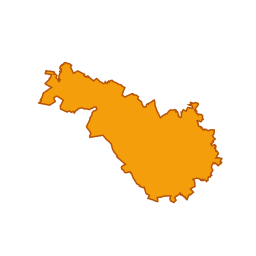 outline of Tolú Viejo, Sucre, Colombia, rotated 297°
{"feature_id": "7082276B69726867253152", "entity_name": "Tolú Viejo", "entity_type": "district", "adm_level": 2, "iso_a3": "COL", "parent_name": "Colombia", "parent_adm1": "Sucre", "projection": "robinson", "projection_center": [-75.432, 9.51], "detail": "fine", "context": "isolated", "style": "filled", "palette": "amber", "viewbox_px": 256, "rotation_deg": 297, "n_neighbors": 0, "source": "geoboundaries", "source_scale": "gbopen_adm2", "svg_char_len": 5913}
<svg xmlns="http://www.w3.org/2000/svg" viewBox="0 0 256 256"><g transform="rotate(297 128 128)"><path d="M157.5,42.0L156.4,41.4L155.8,41.8L154.6,40.5L154.0,41.1L153.1,40.0L151.7,39.8L150.8,40.4L150.0,40.3L149.9,40.8L150.6,40.8L150.5,41.2L149.2,42.3L148.1,42.9L147.7,42.9L147.9,41.6L147.6,41.4L147.2,41.6L147.1,42.4L146.7,42.6L145.5,42.4L144.5,42.8L143.8,42.6L143.2,43.0L142.7,43.0L141.0,43.7L140.4,44.3L140.2,45.8L139.4,45.6L138.4,45.7L138.0,45.3L138.5,44.2L139.5,43.7L140.1,41.0L142.4,40.9L143.0,39.0L142.5,38.0L142.5,37.5L142.9,37.4L143.5,37.6L144.4,37.0L144.4,36.6L143.9,35.5L143.9,34.5L143.5,33.9L143.4,33.4L142.1,30.2L142.1,29.3L141.7,29.0L139.0,29.5L138.8,29.7L139.6,31.2L140.1,33.5L141.0,35.7L136.7,35.8L136.4,35.4L135.6,35.9L130.0,34.0L129.5,35.4L129.7,36.7L129.5,38.1L129.5,41.5L120.8,36.8L119.3,36.8L117.9,37.4L113.4,37.3L113.9,37.9L113.1,38.3L112.3,38.3L111.6,38.2L110.2,37.1L109.8,37.1L109.8,37.5L112.8,47.8L118.6,51.2L120.9,48.2L123.7,49.5L124.1,50.6L123.5,57.7L117.8,57.8L117.0,57.6L114.3,59.3L114.6,66.5L116.4,67.8L116.5,68.1L116.3,69.9L116.3,70.5L117.9,71.7L117.8,72.2L117.1,72.8L117.0,73.4L119.3,73.5L120.7,74.5L122.0,74.6L124.1,76.5L125.3,78.6L125.1,80.4L126.3,82.5L126.6,83.4L126.5,84.2L126.7,84.9L129.8,87.5L131.3,88.3L131.7,88.8L132.2,90.0L131.7,90.3L130.9,91.5L130.5,91.6L129.8,91.6L128.8,91.1L127.5,89.7L125.8,89.2L125.2,89.2L123.9,89.7L122.2,89.9L119.8,89.5L118.1,90.3L110.6,90.3L110.2,90.6L109.6,91.4L107.6,95.7L106.5,97.1L105.6,97.5L103.7,97.4L102.9,97.8L102.3,98.4L104.9,101.7L110.2,109.0L108.0,113.9L107.4,117.0L106.1,120.4L102.4,123.6L100.2,126.5L99.9,127.6L98.2,131.2L97.2,131.2L94.5,142.2L91.6,140.2L90.0,139.9L88.7,141.0L88.3,142.2L88.4,142.9L87.2,145.0L86.9,146.0L88.2,147.7L89.9,149.4L89.0,150.7L89.4,151.4L85.7,155.6L82.3,161.2L82.3,164.3L81.4,164.5L81.7,168.6L82.5,169.3L77.7,174.0L77.7,177.5L74.3,177.8L74.8,178.8L74.8,180.7L75.3,182.5L75.4,185.8L75.9,187.8L76.6,187.6L78.9,186.1L79.3,185.6L79.8,186.7L80.6,187.1L81.2,188.6L82.5,190.0L83.3,190.4L87.0,196.9L84.2,197.4L83.2,198.0L82.3,199.6L82.5,201.4L82.4,202.6L85.5,203.6L87.2,201.0L91.0,203.1L92.4,203.7L93.6,203.9L92.2,205.3L92.3,205.6L92.8,205.1L93.3,205.8L92.2,208.8L92.4,208.9L91.9,210.3L92.5,210.6L92.4,210.9L91.7,210.8L90.9,212.8L91.1,213.2L91.7,212.8L93.1,213.0L94.8,212.5L95.5,213.0L96.6,212.9L96.9,213.1L97.0,213.5L96.8,213.9L100.5,215.5L102.0,211.3L104.9,213.0L105.5,213.7L106.2,214.1L106.6,214.1L107.0,214.0L107.7,213.3L108.7,212.9L111.0,211.2L111.4,209.8L111.8,209.1L112.4,209.6L112.8,210.4L114.4,211.9L114.8,212.6L115.2,216.4L114.5,216.4L114.5,216.9L114.7,217.6L115.0,217.6L115.3,218.9L116.2,218.8L116.0,218.5L116.2,218.3L116.4,219.1L116.3,219.8L116.6,221.6L115.9,222.2L116.1,222.4L116.8,221.9L117.6,223.0L120.0,222.0L120.7,222.0L121.3,222.4L121.4,223.4L122.8,223.6L123.2,223.1L123.9,223.8L124.0,223.4L124.6,223.2L125.3,222.3L128.3,222.9L128.9,222.7L129.2,222.5L129.8,221.0L131.2,220.0L131.9,220.0L132.9,219.6L134.2,219.9L135.0,219.7L135.5,219.8L135.8,219.8L135.7,220.1L135.9,220.2L135.8,220.7L135.5,220.8L135.5,221.2L136.3,221.7L136.1,222.4L136.4,222.4L135.3,225.3L136.5,225.8L136.5,226.0L137.6,226.3L138.4,227.0L140.0,227.0L139.6,225.4L142.3,225.3L142.5,225.6L143.5,225.2L143.0,224.5L142.8,223.0L142.2,221.4L141.2,220.0L142.9,220.2L144.5,219.9L145.6,220.2L146.3,220.2L147.6,218.4L147.4,217.8L147.6,217.7L147.3,216.8L148.3,216.4L148.4,215.8L149.1,215.5L149.5,214.4L150.0,214.0L150.4,214.8L150.8,215.0L151.6,214.7L151.9,214.3L151.8,214.0L152.6,212.8L150.3,210.6L151.5,209.1L151.8,209.0L152.5,209.9L153.4,209.9L154.4,210.5L155.3,209.4L156.8,210.4L157.8,210.7L158.4,208.5L159.4,206.8L161.7,207.2L164.3,206.4L165.4,205.7L163.9,202.5L162.7,201.2L162.0,200.8L162.0,198.4L161.8,198.0L162.1,197.9L162.1,197.7L161.6,197.2L161.6,196.6L161.4,196.5L161.1,196.7L161.0,196.3L160.5,196.1L160.4,195.8L160.6,195.1L161.7,194.4L161.7,194.1L161.4,194.1L161.3,192.9L162.1,192.7L162.4,192.2L161.8,191.3L161.7,190.2L162.3,189.9L162.5,189.2L164.6,187.9L164.8,187.3L165.9,186.3L166.3,186.7L166.3,187.3L166.5,187.8L166.5,189.4L166.7,190.2L167.3,190.4L168.6,190.1L169.2,190.5L169.7,191.2L170.8,189.8L172.5,189.1L173.2,187.9L173.1,186.4L172.5,185.3L171.6,184.7L172.2,184.3L172.4,183.8L172.3,182.2L174.1,181.7L174.4,181.2L174.3,180.8L174.7,180.8L174.8,180.4L174.6,180.1L173.6,180.1L174.4,179.3L175.2,179.2L180.9,180.0L181.7,179.3L181.4,176.9L181.0,176.2L179.3,174.8L179.1,174.3L179.0,173.7L179.5,173.5L179.2,172.8L179.3,172.3L179.1,172.0L177.8,173.5L176.3,171.6L176.3,172.8L176.8,175.4L174.8,176.7L173.4,171.9L169.3,172.1L169.5,169.2L169.3,169.1L168.6,168.8L166.2,169.0L166.2,168.3L162.0,170.6L161.2,169.9L161.0,168.7L161.8,167.8L161.5,167.5L161.9,167.2L162.2,167.4L164.9,164.7L164.5,164.3L164.1,163.2L164.8,162.7L165.2,163.3L165.8,162.4L165.5,162.0L165.5,161.0L164.5,160.3L163.9,159.5L163.7,158.3L163.3,157.5L160.5,156.5L158.2,156.3L157.7,155.2L156.4,154.6L155.0,153.5L151.8,152.2L156.3,146.2L160.2,142.0L161.9,141.0L164.1,139.4L164.8,138.7L163.9,137.9L162.3,137.3L159.2,135.3L158.3,135.3L158.1,134.9L158.4,134.4L158.1,134.2L157.1,134.0L156.6,134.0L156.1,134.3L154.6,134.2L154.4,132.9L153.9,132.1L155.6,129.8L157.3,128.2L157.8,126.7L158.1,123.6L160.5,123.1L161.0,121.1L160.7,119.2L160.0,117.9L160.1,117.2L160.8,117.0L160.5,116.1L154.1,111.0L154.8,107.8L159.2,107.0L162.6,106.9L162.6,104.1L163.3,102.4L162.7,99.8L163.0,97.2L162.7,95.5L162.7,94.0L162.6,93.8L163.3,92.4L162.3,90.8L161.8,90.8L161.4,90.4L160.7,90.4L161.1,90.0L161.0,89.4L159.6,89.1L158.2,89.1L158.9,86.7L157.3,87.0L156.4,86.1L156.6,85.3L156.5,84.7L156.6,82.7L156.5,82.2L157.8,78.0L157.8,77.5L154.3,75.9L155.6,70.4L155.4,70.3L155.3,70.0L155.5,69.8L155.8,69.8L156.2,68.7L155.9,68.2L155.3,68.2L155.3,68.4L154.7,68.3L154.8,67.8L154.5,67.6L154.7,66.8L154.5,66.7L154.7,66.1L154.6,65.8L154.9,65.8L154.9,64.8L156.1,64.8L156.0,61.8L156.1,57.4L152.0,54.6L156.1,49.2L158.3,49.3L158.6,46.2L158.0,44.9L158.0,42.6L157.5,42.0Z" fill="#f59e0b" stroke="#b45309" stroke-width="1.5"/></g></svg>